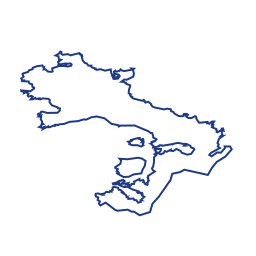 the district of Selje nor, Sogn og Fjordane, Norway, rotated 349°
{"feature_id": "86288312B90490853965577", "entity_name": "Selje nor", "entity_type": "district", "adm_level": 2, "iso_a3": "NOR", "parent_name": "Norway", "parent_adm1": "Sogn og Fjordane", "projection": "robinson", "projection_center": [5.32, 62.075], "detail": "fine", "context": "isolated", "style": "outline", "palette": "blue", "viewbox_px": 256, "rotation_deg": 349, "n_neighbors": 0, "source": "geoboundaries", "source_scale": "gbopen_adm2", "svg_char_len": 5864}
<svg xmlns="http://www.w3.org/2000/svg" viewBox="0 0 256 256"><g transform="rotate(349 128 128)"><path d="M219.5,164.6L219.7,165.4L218.8,166.6L214.5,169.9L210.8,169.0L204.7,171.8L202.7,169.9L204.8,168.2L214.4,165.2L212.6,163.2L213.9,161.5L213.0,159.9L215.4,155.8L220.0,153.8L217.9,153.4L219.3,152.7L219.1,148.1L221.4,149.0L221.2,146.6L220.0,146.5L219.9,147.7L214.9,149.3L214.3,148.8L214.9,148.1L214.3,147.2L214.6,146.0L210.7,143.3L211.8,142.5L211.0,141.9L210.8,141.3L212.0,140.8L211.3,140.3L213.7,138.1L211.7,137.7L208.3,139.3L207.6,138.4L205.6,138.6L207.2,138.0L207.3,137.2L199.0,136.5L197.0,132.5L196.9,129.7L195.9,129.2L192.2,130.4L189.2,129.7L187.3,127.7L188.9,126.7L186.9,125.8L188.4,125.6L188.0,125.3L185.6,124.9L185.1,126.5L184.0,126.9L180.0,125.9L176.2,122.5L175.6,120.9L173.5,119.7L173.6,117.8L170.1,116.5L166.9,116.6L158.2,113.0L156.1,111.6L155.1,109.6L155.4,109.1L152.9,106.1L150.0,106.4L149.1,105.2L149.6,104.4L148.7,103.4L147.2,104.0L138.5,99.9L137.3,98.3L137.8,98.1L136.4,96.7L136.3,95.8L137.1,95.4L135.3,94.0L136.2,90.7L138.3,87.2L138.1,86.3L135.0,84.6L134.1,83.3L134.5,82.9L134.6,82.3L133.9,83.3L132.8,82.0L130.3,81.3L133.7,79.7L135.9,80.4L142.9,78.6L144.2,75.9L143.9,71.5L145.0,70.9L143.0,70.3L143.8,71.5L135.3,71.4L132.5,70.2L131.9,69.1L130.4,70.3L127.9,70.5L126.7,70.1L126.5,69.3L125.0,70.0L124.8,71.8L129.1,74.0L129.3,74.6L127.5,75.6L129.3,75.9L127.6,77.6L123.6,77.2L123.0,76.8L123.0,75.3L124.8,76.0L125.1,76.0L123.0,74.3L125.7,73.9L122.6,72.8L122.1,71.4L122.2,67.2L116.3,67.3L112.2,65.0L108.6,65.0L107.0,64.0L107.5,63.4L104.5,61.9L103.4,60.6L103.9,59.8L101.0,59.2L99.8,56.7L98.2,56.1L96.5,53.3L96.1,48.3L96.7,48.5L96.6,47.4L95.0,46.7L94.2,45.8L95.0,45.8L94.5,45.2L85.5,45.7L83.0,44.0L77.9,43.7L76.7,42.5L77.1,40.7L76.1,40.1L74.4,41.8L70.8,43.0L73.4,44.4L73.3,47.5L75.2,48.3L71.9,49.9L72.4,51.4L71.8,52.6L78.4,52.7L78.9,54.1L79.3,54.4L79.0,53.1L83.9,53.7L84.8,54.8L84.1,56.0L80.6,56.2L78.5,55.4L78.6,54.5L78.1,55.1L72.2,54.0L65.0,55.0L64.8,58.1L63.5,58.3L60.2,57.3L57.8,54.4L56.3,54.4L57.2,52.4L56.6,52.5L56.0,50.3L50.4,50.0L46.0,50.7L45.6,52.0L41.8,52.5L40.7,53.9L35.5,54.4L34.7,54.9L35.3,57.7L32.7,59.0L33.1,61.1L34.3,61.3L33.5,61.9L39.4,63.4L39.6,65.4L42.2,66.7L42.1,69.4L43.6,70.5L43.4,71.3L39.2,73.3L30.3,70.7L30.3,71.6L33.3,72.7L32.6,73.9L34.7,73.5L36.9,75.2L35.7,76.9L36.2,78.1L39.3,78.0L40.5,79.0L37.9,81.3L40.2,81.7L42.7,80.7L43.3,81.9L46.6,82.0L46.2,82.7L47.6,83.2L49.6,82.6L55.2,84.1L56.6,85.6L55.9,87.7L57.7,91.3L62.8,94.2L62.9,95.2L64.9,95.8L64.3,97.9L61.7,99.6L51.6,97.8L47.5,95.7L45.8,95.5L45.3,96.6L42.6,97.0L42.1,97.7L42.6,98.2L44.7,98.8L42.7,99.7L44.9,100.3L44.0,102.8L44.9,105.1L44.4,106.4L45.6,108.0L43.6,108.2L43.1,109.4L41.1,110.1L43.6,111.4L45.8,111.0L44.4,112.7L50.3,111.1L50.8,111.8L50.3,112.1L51.3,112.3L56.9,111.1L56.8,111.9L59.2,111.2L60.0,111.9L61.4,111.3L66.0,111.8L71.8,110.8L80.4,111.7L86.1,111.1L88.8,111.8L93.9,110.5L99.4,110.7L106.8,114.0L112.6,120.8L119.3,123.5L119.6,124.2L118.5,125.2L120.9,124.2L135.0,126.8L147.7,135.3L149.3,137.2L150.7,137.5L151.2,140.4L150.9,142.1L153.8,144.5L152.0,146.1L149.5,145.6L151.2,146.5L148.5,146.2L148.4,146.9L149.4,147.0L147.8,147.5L148.8,147.8L148.0,147.8L147.9,148.6L149.6,150.5L148.9,151.9L154.7,151.9L155.5,151.4L154.4,151.4L156.2,151.0L158.5,152.0L168.7,152.3L168.2,153.0L169.8,152.1L174.4,152.2L179.2,154.1L180.0,155.1L179.4,156.0L181.3,156.3L180.6,155.1L181.0,154.4L182.5,154.9L185.9,157.5L186.1,159.1L188.6,160.5L189.0,161.7L185.1,165.4L181.1,165.5L176.0,162.5L175.3,160.6L171.5,157.8L167.9,159.3L165.6,158.4L165.9,157.5L161.3,158.7L159.7,157.6L158.0,159.6L154.9,160.0L153.7,159.2L153.6,158.2L155.8,156.6L156.4,154.8L150.2,153.7L149.9,154.4L151.1,154.7L150.6,156.5L151.7,157.3L151.0,157.7L151.6,158.4L149.3,158.8L150.6,159.9L147.9,161.8L147.2,165.9L145.3,170.7L143.8,172.2L144.3,174.0L146.1,175.8L138.5,178.9L138.4,180.6L137.9,180.6L138.3,183.4L137.7,183.4L137.7,184.6L136.4,185.1L136.6,187.1L136.0,187.6L133.9,186.0L133.8,184.6L132.7,184.1L133.4,183.0L133.0,182.0L129.9,182.0L129.2,181.5L129.5,180.2L123.8,181.8L124.1,182.3L123.1,184.2L120.9,183.5L119.5,185.2L118.2,185.4L118.3,184.1L117.0,183.7L117.9,182.3L115.8,182.8L116.4,182.1L110.8,181.6L114.5,179.5L113.5,178.0L108.2,178.4L108.9,178.7L108.1,178.8L108.4,179.3L102.5,179.5L102.7,180.5L105.7,181.1L107.1,180.7L106.5,180.4L106.8,179.8L108.6,180.0L107.5,180.4L108.8,180.6L108.7,181.5L108.0,181.7L109.2,182.9L112.9,185.2L117.6,185.8L117.4,186.5L120.6,189.1L126.4,192.3L124.9,193.1L125.4,193.7L129.2,194.3L128.7,195.5L129.6,195.8L128.9,196.9L130.9,198.7L127.0,201.1L127.5,201.6L126.5,201.4L126.4,203.0L123.6,203.2L122.5,200.5L120.4,199.9L120.0,198.3L115.2,197.7L115.5,197.3L113.7,195.8L114.1,195.5L113.6,195.5L113.2,193.3L111.2,191.6L111.4,190.9L110.3,190.6L110.7,190.0L109.5,189.6L109.9,188.7L108.5,187.1L107.2,186.9L106.8,184.7L102.8,183.1L101.6,183.4L101.2,185.8L100.4,185.7L99.8,187.4L98.3,186.4L97.5,187.5L94.5,186.5L92.6,187.7L89.7,187.8L90.6,188.7L89.8,188.6L86.4,186.6L83.8,186.4L83.3,187.2L83.5,189.2L85.6,190.5L84.4,192.9L86.4,194.7L85.0,196.7L86.1,198.8L91.8,197.0L99.9,206.1L101.9,207.2L112.1,208.1L115.6,210.8L117.9,211.3L122.8,215.9L133.6,214.7L137.5,207.1L145.2,201.3L159.9,187.0L162.7,181.4L170.8,181.2L175.4,179.7L197.4,189.3L202.9,183.0L208.7,178.2L218.0,174.7L225.7,168.8L224.7,165.6L219.5,164.6ZM121.6,158.6L113.9,156.6L115.0,158.5L113.7,161.7L107.9,164.1L108.0,165.0L110.2,166.5L109.1,167.6L110.0,169.3L109.1,169.3L110.1,170.5L109.0,170.8L114.3,175.3L119.5,176.0L125.0,174.6L132.5,175.1L134.2,171.9L137.3,168.3L139.0,163.7L135.6,160.5L132.1,159.1L121.6,158.6ZM135.7,139.8L127.6,140.4L130.1,140.7L128.7,141.6L125.5,141.5L126.9,143.5L126.3,144.1L128.8,145.7L133.9,146.7L137.4,148.7L139.9,147.8L139.4,146.8L140.5,145.1L138.8,144.7L139.9,143.9L139.3,143.2L140.7,143.1L140.7,142.1L141.5,141.6L138.4,141.8L136.6,140.7L137.2,140.0L135.7,139.8Z" fill="none" stroke="#1e3a8a" stroke-width="2"/></g></svg>